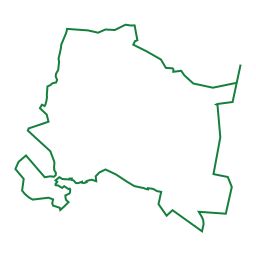 the district of Mubi North, Adamawa, Nigeria
{"feature_id": "59680162B22484757822523", "entity_name": "Mubi North", "entity_type": "district", "adm_level": 2, "iso_a3": "NGA", "parent_name": "Nigeria", "parent_adm1": "Adamawa", "projection": "mercator", "projection_center": [13.301, 10.352], "detail": "fine", "context": "isolated", "style": "outline", "palette": "green", "viewbox_px": 256, "rotation_deg": 0, "n_neighbors": 0, "source": "geoboundaries", "source_scale": "gbopen_adm2", "svg_char_len": 1986}
<svg xmlns="http://www.w3.org/2000/svg" viewBox="0 0 256 256"><path d="M202.0,231.3L203.6,224.1L203.2,220.1L202.0,217.2L200.8,215.2L198.8,211.8L225.8,213.7L231.8,187.0L227.8,177.0L213.5,174.1L218.6,146.6L220.3,137.3L217.5,105.1L216.3,104.5L217.4,104.0L232.6,102.0L240.6,64.6L236.7,82.8L212.9,87.7L193.3,83.5L184.4,75.4L181.2,70.8L173.3,71.8L173.4,69.3L172.5,68.3L165.9,67.9L160.9,59.5L149.1,52.8L146.5,51.3L140.7,48.4L133.3,44.7L135.0,41.1L137.4,40.3L134.6,25.4L130.6,25.5L125.5,24.7L114.8,30.0L105.4,29.5L98.1,32.7L88.0,30.4L67.1,28.9L67.1,29.0L66.7,30.9L65.8,33.8L61.3,44.5L60.9,47.9L60.1,52.1L58.5,58.8L59.1,61.6L58.2,69.9L56.0,73.8L55.7,76.4L57.1,79.9L56.1,82.5L54.0,82.9L52.3,83.4L50.4,85.1L48.8,85.8L47.4,86.5L47.2,90.4L46.8,95.1L47.0,97.3L46.7,99.1L46.4,101.0L45.9,102.7L45.5,104.3L44.9,105.4L44.6,106.0L41.9,104.7L39.9,108.2L46.7,114.6L48.5,121.7L28.7,128.4L27.8,130.6L50.4,151.3L54.3,161.8L54.4,164.2L54.1,165.5L54.2,166.8L53.9,167.8L54.3,168.5L54.1,169.9L55.9,172.8L55.7,175.2L53.8,176.8L50.5,176.3L44.7,177.2L26.0,155.5L18.5,161.9L15.4,169.0L23.7,178.9L22.1,190.6L24.9,194.0L27.2,196.0L28.7,197.2L30.3,198.3L32.8,199.6L48.5,197.7L53.1,199.4L52.2,203.3L53.1,205.6L59.8,207.8L60.3,210.0L64.7,206.0L68.5,202.2L66.0,199.8L65.4,197.0L65.4,195.4L69.4,193.6L70.1,192.1L70.2,189.5L69.8,188.7L68.5,189.1L64.2,186.2L62.1,187.9L58.1,185.5L55.6,185.2L55.5,184.0L57.3,181.9L55.5,180.4L59.4,177.2L61.4,178.4L62.3,179.0L65.3,179.2L69.3,179.5L69.4,178.6L71.8,178.5L71.6,180.0L73.6,180.4L74.4,181.3L75.5,182.7L76.2,183.1L77.5,183.1L78.6,183.0L80.1,182.4L81.8,181.8L81.7,182.2L81.7,182.6L83.2,183.0L83.6,183.1L85.3,182.6L86.4,182.3L86.0,181.7L86.9,180.9L91.7,179.7L96.2,181.2L95.7,176.3L99.3,172.5L105.5,169.5L116.1,174.5L127.0,181.7L134.3,186.1L136.3,186.5L141.3,187.6L143.9,188.1L145.2,188.7L146.5,189.1L147.9,189.4L147.9,188.2L152.7,188.8L155.2,190.0L156.9,191.1L157.0,191.1L161.2,191.9L158.5,204.1L166.6,215.7L172.5,210.2L202.0,231.3Z" fill="none" stroke="#15803d" stroke-width="2"/></svg>